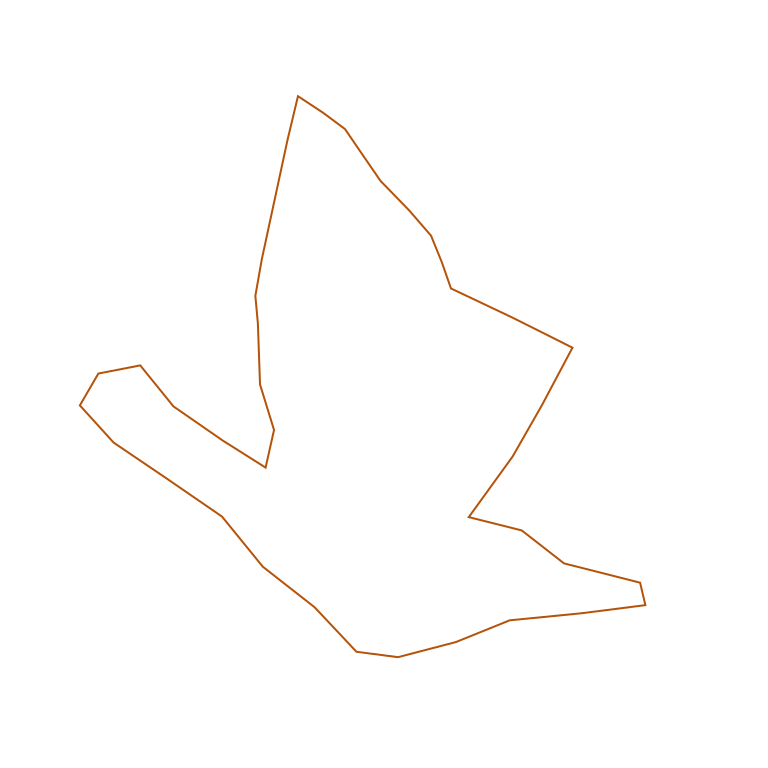 outline of Hazar, Balkan, Turkmenistan, rotated 280°
{"feature_id": "10190150B7816159308361", "entity_name": "Hazar", "entity_type": "district", "adm_level": 2, "iso_a3": "TKM", "parent_name": "Turkmenistan", "parent_adm1": "Balkan", "projection": "robinson", "projection_center": [53.382, 39.496], "detail": "fine", "context": "isolated", "style": "outline", "palette": "amber", "viewbox_px": 768, "rotation_deg": 280, "n_neighbors": 0, "source": "geoboundaries", "source_scale": "gbopen_adm2", "svg_char_len": 705}
<svg xmlns="http://www.w3.org/2000/svg" viewBox="0 0 768 768"><g transform="rotate(280 384 384)"><path d="M448.5,242.0L421.6,249.3L362.0,262.0L319.6,283.7L281.1,281.9L300.4,234.8L325.4,180.5L360.0,140.7L344.7,100.9L310.1,88.2L279.3,128.0L254.2,184.1L225.3,247.5L183.0,296.4L152.1,354.4L115.5,403.4L117.4,445.2L142.4,499.7L173.1,548.8L192.4,617.9L211.6,679.8L232.8,670.7L238.6,592.4L263.7,545.1L267.6,490.6L335.0,523.3L390.8,543.3L452.5,563.3L453.7,559.2L463.4,526.8L472.0,497.8L489.7,433.4L514.3,419.6L538.2,404.6L559.2,378.8L577.5,353.5L583.3,345.4L606.4,322.7L628.3,301.3L640.4,277.2L649.8,255.5L652.5,249.3L607.6,246.6L485.3,242.0L448.5,242.0Z" fill="none" stroke="#b45309" stroke-width="2"/></g></svg>